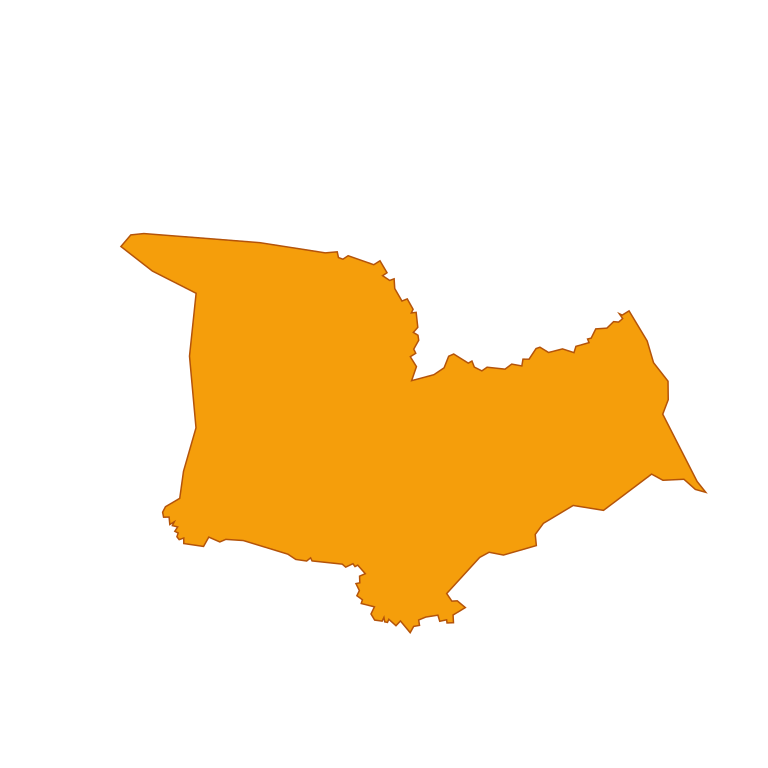 Non Daeng, Nakhon Ratchasima, Thailand (Robinson projection), rotated 64°
{"feature_id": "78962969B77255700381962", "entity_name": "Non Daeng", "entity_type": "district", "adm_level": 2, "iso_a3": "THA", "parent_name": "Thailand", "parent_adm1": "Nakhon Ratchasima", "projection": "robinson", "projection_center": [102.541, 15.454], "detail": "medium", "context": "isolated", "style": "filled", "palette": "amber", "viewbox_px": 768, "rotation_deg": 64, "n_neighbors": 0, "source": "geoboundaries", "source_scale": "gbopen_adm2", "svg_char_len": 1958}
<svg xmlns="http://www.w3.org/2000/svg" viewBox="0 0 768 768"><g transform="rotate(64 384 384)"><path d="M244.7,368.1L240.4,379.3L202.5,433.7L143.5,533.9L139.0,546.2L145.1,560.2L180.9,542.7L220.1,513.1L273.7,546.6L341.0,572.2L374.6,602.5L397.2,617.7L398.5,634.2L402.2,639.2L407.1,640.5L409.4,635.5L416.4,638.1L415.9,632.9L418.5,636.3L422.0,632.1L424.7,636.6L427.7,634.3L430.5,637.1L434.1,636.3L434.7,631.5L439.6,633.9L450.9,617.4L444.8,608.6L454.0,600.8L454.3,594.3L463.0,579.1L494.8,545.0L503.0,540.2L509.2,531.1L508.1,526.2L511.5,526.2L527.6,500.5L531.8,498.7L531.9,490.7L535.4,490.1L535.3,487.0L546.3,484.0L546.0,490.2L552.1,492.9L551.1,496.7L558.9,496.7L562.4,501.2L568.5,498.0L571.3,500.7L580.1,490.3L585.0,496.5L592.1,495.9L596.3,489.6L593.8,486.4L598.1,487.6L599.8,485.4L597.6,482.8L606.5,479.2L604.2,473.1L619.0,469.5L614.9,463.6L616.5,457.9L611.3,456.3L611.8,448.6L615.4,436.9L621.7,437.9L623.4,431.1L626.4,432.1L629.0,426.2L621.9,423.2L620.6,408.9L611.0,413.2L608.9,418.2L599.8,419.5L581.8,374.0L581.3,363.3L590.1,351.6L596.0,317.9L585.5,314.0L579.1,301.8L576.1,267.2L593.8,242.1L582.3,183.0L592.8,175.5L601.1,156.2L615.2,150.4L622.4,142.3L608.9,145.3L533.3,146.7L522.7,135.4L506.0,127.5L483.0,132.4L460.7,128.6L425.7,131.7L426.5,139.7L424.0,141.7L429.8,140.8L431.2,146.0L428.6,150.3L431.5,159.2L427.3,169.5L433.6,177.7L432.8,181.3L436.7,181.6L434.3,195.0L439.1,199.5L430.7,208.2L427.8,222.3L419.3,227.7L418.8,231.8L425.3,242.8L422.6,248.2L428.2,252.2L422.1,260.5L423.7,268.7L414.1,284.0L415.1,290.3L408.4,295.4L401.9,294.9L402.2,299.1L387.6,308.2L387.4,313.7L395.8,322.9L397.5,335.1L393.1,357.7L382.6,347.2L371.0,348.4L370.3,342.0L365.7,342.0L359.9,333.6L355.1,332.1L350.5,335.0L347.9,328.8L333.7,323.7L332.1,328.3L329.6,325.1L317.7,325.8L317.3,331.5L302.9,332.5L293.9,328.8L293.4,333.5L286.0,337.8L285.3,332.5L271.5,333.6L272.3,340.9L253.0,360.0L253.8,366.2L250.4,369.5L244.7,368.1Z" fill="#f59e0b" stroke="#b45309" stroke-width="1.5"/></g></svg>